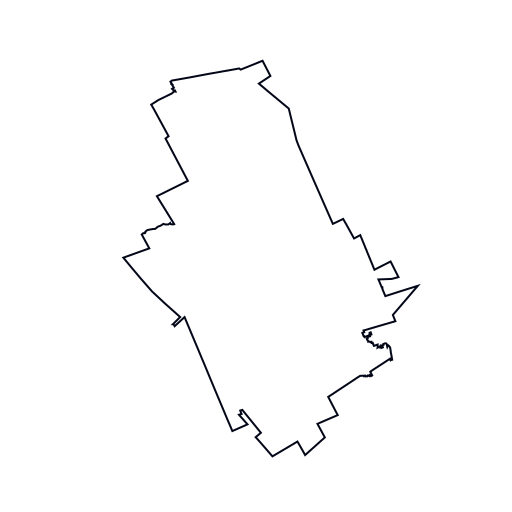 Cedral, San Luis Potosí, Mexico, rotated 326°
{"feature_id": "50627088B34080095276274", "entity_name": "Cedral", "entity_type": "district", "adm_level": 2, "iso_a3": "MEX", "parent_name": "Mexico", "parent_adm1": "San Luis Potosí", "projection": "albers", "projection_center": [-100.648, 23.94], "detail": "fine", "context": "isolated", "style": "outline", "palette": "ink", "viewbox_px": 512, "rotation_deg": 326, "n_neighbors": 0, "source": "geoboundaries", "source_scale": "gbopen_adm2", "svg_char_len": 3688}
<svg xmlns="http://www.w3.org/2000/svg" viewBox="0 0 512 512"><g transform="rotate(326 256 256)"><path d="M300.7,70.8L284.3,63.5L282.5,63.7L282.6,65.2L282.4,65.5L282.3,65.3L281.9,65.8L282.4,66.3L282.5,66.4L282.3,67.1L282.6,67.6L282.4,67.9L282.1,67.9L282.0,70.6L279.9,70.5L280.4,72.9L281.4,73.4L281.2,74.7L279.9,73.7L277.5,74.2L276.5,74.1L262.2,72.1L253.8,71.9L253.4,77.6L250.5,107.8L246.7,108.0L241.5,155.6L207.3,151.0L206.0,183.8L205.1,183.6L204.1,182.8L203.1,181.9L202.8,181.3L203.1,180.7L200.9,180.8L200.1,180.3L198.8,179.4L197.9,178.6L197.3,177.7L196.6,177.5L195.9,177.6L193.6,177.5L192.3,177.1L190.8,176.8L189.5,177.0L187.5,177.1L187.1,176.9L185.7,176.0L180.6,173.8L179.1,173.8L177.8,174.0L177.6,174.2L177.5,174.6L177.3,174.7L177.0,174.9L176.6,174.9L176.2,174.7L175.3,174.1L174.9,174.0L174.3,174.2L173.8,174.3L173.3,174.3L171.8,190.0L145.1,183.2L146.4,196.6L147.8,209.7L150.0,227.2L153.9,244.2L159.0,264.2L149.0,266.1L149.4,266.4L149.4,267.1L149.4,267.8L149.3,268.7L162.6,266.7L160.7,276.3L157.3,293.4L156.1,299.5L153.5,312.4L153.5,312.5L153.4,313.1L149.5,332.3L146.9,345.2L143.4,362.9L140.5,377.5L139.9,380.9L138.5,387.9L154.8,390.8L153.1,378.1L155.7,378.9L156.5,375.3L158.6,375.9L161.2,405.3L154.4,406.0L155.3,412.4L157.6,431.3L186.6,433.0L186.3,437.6L185.9,442.8L185.6,446.4L185.4,448.5L211.6,444.9L213.1,429.5L221.1,431.0L223.2,431.4L225.8,431.9L233.7,433.4L234.8,433.6L235.4,427.6L235.7,425.4L235.7,424.8L235.8,424.6L235.9,423.3L237.1,413.2L260.2,413.4L260.4,413.4L273.3,413.5L274.8,413.6L275.3,413.6L278.3,415.4L278.3,416.1L279.0,416.1L279.5,416.1L279.5,417.1L280.2,417.5L280.9,417.5L281.5,417.5L281.5,418.1L282.9,418.1L283.1,418.1L283.4,418.1L283.2,419.0L283.3,419.0L284.0,419.0L284.3,419.0L284.2,419.5L284.2,419.9L285.5,420.0L285.6,419.1L286.1,415.8L286.5,415.8L287.5,415.8L289.0,415.8L289.6,415.8L290.4,415.8L309.3,416.1L309.2,417.7L310.6,417.6L310.5,418.9L311.3,417.2L311.2,417.1L311.0,416.7L310.7,416.7L310.8,416.3L311.4,416.3L311.5,416.7L312.0,415.7L312.9,413.7L314.0,410.9L314.4,410.4L314.9,409.3L316.0,406.9L316.0,405.1L315.6,403.9L314.5,404.5L314.0,404.8L314.4,403.7L314.5,403.6L315.0,402.7L315.1,401.7L315.0,401.3L315.0,401.2L314.3,400.7L314.0,400.6L313.9,400.5L312.2,400.2L311.9,401.0L310.6,400.6L310.1,402.7L308.4,402.3L308.7,400.1L307.2,400.8L306.6,400.2L307.5,400.0L305.6,399.9L306.1,399.4L307.3,397.4L304.7,396.8L303.5,396.4L304.0,394.2L303.0,393.9L304.0,394.1L304.2,393.2L303.3,392.8L303.7,391.7L302.6,391.4L302.6,390.9L301.8,390.1L301.1,389.8L301.6,388.8L301.3,388.3L301.5,386.6L302.6,386.6L302.7,386.0L303.8,385.8L303.8,385.6L305.6,386.3L305.9,385.2L307.8,385.6L308.4,383.4L306.4,383.1L307.7,383.8L307.0,384.9L306.1,384.5L305.8,385.1L304.0,384.7L302.1,384.2L301.1,384.0L300.8,384.0L300.9,383.0L300.4,382.8L300.7,381.3L301.2,379.2L303.1,379.7L303.4,378.4L303.5,377.9L335.1,388.0L336.5,381.4L373.5,371.2L353.3,365.2L352.8,365.1L350.2,364.3L349.8,364.2L348.0,363.7L347.9,363.6L347.2,363.5L346.4,363.2L340.8,361.6L342.1,355.2L342.1,354.8L342.8,353.4L343.2,352.6L342.7,352.5L344.4,343.9L355.7,350.9L362.3,353.2L364.0,339.8L364.1,339.1L364.5,335.8L349.0,333.9L348.8,333.9L346.5,333.6L348.1,326.0L348.3,325.0L350.0,316.7L350.4,314.8L350.6,313.8L350.9,312.7L351.0,312.0L351.3,310.3L351.7,308.6L354.1,297.0L347.1,296.3L348.4,281.6L348.6,279.6L348.6,278.9L349.0,274.0L345.5,273.5L344.1,273.3L340.7,272.8L340.1,272.7L337.7,272.3L339.4,262.8L346.0,226.4L347.6,217.6L353.0,188.2L354.4,182.3L354.5,182.2L360.0,167.3L360.6,165.6L364.1,156.2L365.1,153.5L365.6,152.0L361.4,137.7L361.1,136.5L359.3,130.5L357.7,125.0L356.4,120.3L354.8,114.7L368.6,114.8L370.6,97.8L347.5,92.9L346.9,91.1L342.1,89.0L318.3,78.4L300.7,70.8Z" fill="none" stroke="#020617" stroke-width="2"/></g></svg>